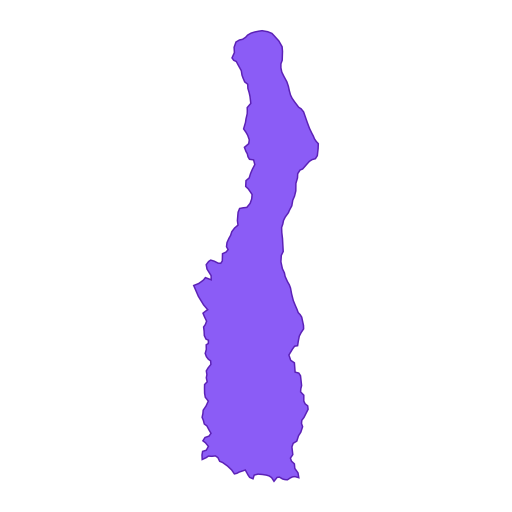 outline of Reginópolis, São Paulo, Brazil
{"feature_id": "56859067B40817295644111", "entity_name": "Reginópolis", "entity_type": "district", "adm_level": 2, "iso_a3": "BRA", "parent_name": "Brazil", "parent_adm1": "São Paulo", "projection": "equal_earth", "projection_center": [-49.183, -21.855], "detail": "fine", "context": "isolated", "style": "filled", "palette": "violet", "viewbox_px": 512, "rotation_deg": 0, "n_neighbors": 0, "source": "geoboundaries", "source_scale": "gbopen_adm2", "svg_char_len": 3357}
<svg xmlns="http://www.w3.org/2000/svg" viewBox="0 0 512 512"><path d="M294.4,463.9L291.5,461.2L290.4,458.1L292.8,454.6L291.9,446.9L293.2,443.3L296.8,441.1L298.5,435.8L300.8,432.2L302.6,426.7L301.5,423.5L301.8,420.3L304.0,417.4L308.1,409.3L307.7,405.9L305.1,403.8L303.8,401.1L303.8,395.2L300.6,391.9L300.8,388.8L301.6,385.6L300.5,375.7L298.8,373.1L295.1,372.1L294.4,362.8L290.7,360.3L288.9,355.0L292.6,348.9L294.6,346.2L297.6,345.7L298.3,341.1L299.3,336.1L301.1,332.6L303.6,328.9L303.5,325.5L301.7,317.1L300.1,314.6L298.2,312.6L297.0,309.4L295.3,305.5L293.3,300.6L291.6,293.9L290.5,288.0L289.3,284.8L287.5,281.7L285.1,276.4L284.4,272.9L282.4,268.7L280.9,261.8L281.3,255.4L283.2,251.5L282.5,238.6L281.8,232.7L281.6,227.5L282.8,224.0L283.5,220.5L285.2,217.1L288.4,212.7L289.6,209.9L291.8,205.8L292.8,200.1L294.5,196.2L295.8,190.9L295.9,183.3L297.5,177.9L297.7,173.7L300.1,170.0L302.6,169.0L306.3,164.8L309.3,161.4L312.1,159.6L315.4,158.7L317.3,155.7L318.1,148.7L318.3,143.7L316.2,141.4L314.5,138.9L313.3,136.0L311.8,133.2L309.5,128.4L307.4,122.8L306.3,119.7L303.6,111.9L301.1,108.8L298.6,107.2L296.9,104.9L294.6,101.9L292.1,98.3L290.5,95.0L289.3,90.6L288.4,86.4L286.9,81.9L283.8,76.2L281.8,72.1L280.9,67.9L280.9,63.8L282.2,60.3L282.5,51.4L282.1,46.7L278.8,40.9L274.0,35.6L271.9,33.4L267.7,31.7L262.1,30.7L258.7,31.2L254.7,32.0L251.1,33.1L247.6,35.1L245.6,37.3L242.6,39.3L239.4,40.0L236.0,42.0L234.1,47.3L234.4,52.6L232.0,57.9L233.7,60.3L236.3,61.5L237.9,64.5L241.3,70.7L242.0,75.1L243.1,78.2L244.7,81.9L247.7,84.2L247.9,88.4L249.2,92.8L250.0,96.5L250.8,103.4L247.2,107.6L247.3,110.6L247.2,113.8L246.0,118.9L245.5,122.4L243.6,128.9L246.0,132.3L247.7,135.3L249.3,139.9L248.7,143.7L244.4,147.3L245.9,151.3L247.3,153.8L248.0,156.8L249.5,159.3L253.6,159.9L254.8,164.6L252.4,169.2L250.6,173.4L249.2,177.9L246.0,180.6L245.7,186.5L248.2,188.8L250.3,191.8L252.1,194.5L251.7,198.9L250.1,203.4L246.8,207.4L243.1,207.8L239.6,208.5L238.1,212.2L237.8,215.6L237.4,220.6L238.0,225.1L234.6,228.0L231.8,231.7L230.6,235.4L228.9,238.4L227.0,242.6L226.5,246.7L228.1,249.6L226.0,252.1L222.5,253.7L222.4,257.6L222.3,261.0L220.7,263.3L218.2,263.2L214.3,261.2L210.7,260.1L208.6,261.5L206.2,264.7L207.0,269.0L209.1,272.4L211.1,275.6L211.2,279.8L205.4,277.6L203.5,280.0L201.1,281.8L198.7,283.5L193.7,285.5L198.4,296.4L203.6,304.9L207.7,309.7L205.5,311.2L203.0,313.2L204.4,316.6L206.6,321.2L205.3,324.6L203.6,327.0L204.1,331.1L204.3,335.6L206.0,339.1L208.4,340.2L208.3,343.5L206.2,344.8L206.3,349.5L205.2,353.4L206.4,356.7L208.4,359.3L210.6,360.8L210.9,364.4L208.1,367.9L206.3,370.9L206.9,374.6L206.3,377.8L207.2,381.8L204.6,384.5L204.5,388.0L204.6,393.3L205.3,397.3L208.3,401.1L206.1,405.9L203.2,410.2L202.9,413.6L202.1,417.3L203.4,420.5L204.3,424.0L206.9,425.9L209.0,429.9L211.0,433.3L209.0,436.1L205.0,437.5L202.9,440.8L205.5,442.8L208.4,446.4L206.3,450.2L202.6,451.4L202.0,454.9L202.2,459.5L206.3,457.6L208.4,456.1L211.9,456.3L215.4,455.9L217.9,457.6L219.7,461.3L222.6,462.5L227.5,466.0L231.7,470.0L234.4,473.9L236.9,473.3L239.1,472.1L241.8,471.2L245.3,470.0L248.1,475.1L249.7,477.4L253.0,478.8L254.2,475.1L258.0,474.1L262.5,474.5L266.4,475.1L269.3,476.0L271.6,477.6L274.0,481.3L277.1,477.4L279.4,477.1L282.6,479.0L284.9,479.6L287.4,479.8L290.3,477.9L292.7,476.8L295.1,476.6L298.8,477.7L298.0,472.9L294.8,468.4L294.4,463.9Z" fill="#8b5cf6" stroke="#5b21b6" stroke-width="1.5"/></svg>